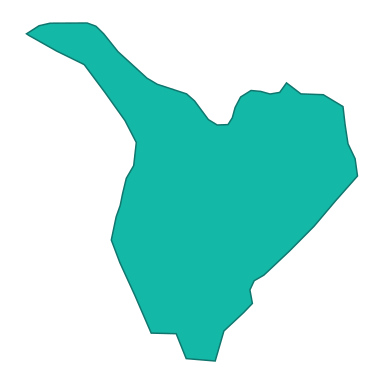 Samux, Mercator projection
{"feature_id": "AZE-1686", "entity_name": "Samux", "entity_type": "District", "adm_level": 1, "iso_a3": "AZE", "parent_name": "Azerbaijan", "parent_adm1": "", "projection": "mercator", "projection_center": [46.434, 40.941], "detail": "fine", "context": "isolated", "style": "filled", "palette": "teal", "viewbox_px": 384, "rotation_deg": 0, "n_neighbors": 0, "source": "natural_earth", "source_scale": "10m", "svg_char_len": 785}
<svg xmlns="http://www.w3.org/2000/svg" viewBox="0 0 384 384"><path d="M270.0,94.0L279.7,92.4L286.5,82.9L300.9,93.9L323.3,94.7L343.0,106.6L345.1,124.8L348.0,143.8L355.1,158.7L357.5,176.0L335.5,200.9L314.1,226.2L289.3,251.2L263.9,275.1L254.2,280.7L249.9,289.9L252.4,303.4L243.6,312.6L223.9,331.0L215.2,361.0L186.2,358.6L176.2,333.7L151.2,333.1L134.7,295.0L119.9,262.7L111.3,240.0L116.2,216.7L120.2,205.5L122.6,193.6L126.3,178.3L133.7,165.6L136.3,142.5L125.0,120.6L105.0,92.5L84.2,64.6L56.5,51.0L29.2,35.6L26.5,33.8L39.1,25.7L50.1,23.2L87.1,23.0L95.9,26.2L103.7,33.8L118.0,51.7L147.0,78.2L157.3,84.3L186.6,93.9L194.6,101.0L208.4,119.6L217.2,125.0L228.0,124.6L232.3,117.8L235.1,107.5L240.6,97.0L251.0,90.5L260.7,91.4L270.0,94.0Z" fill="#14b8a6" stroke="#0f766e" stroke-width="1.5"/></svg>